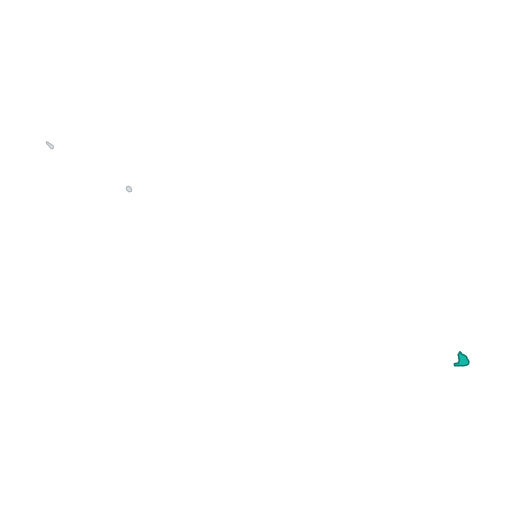 Addoo, Maldives shown in context, rotated 294°
{"feature_id": "70690204B51409682910063", "entity_name": "Addoo", "entity_type": "district", "adm_level": 2, "iso_a3": "MDV", "parent_name": "Maldives", "parent_adm1": "", "projection": "robinson", "projection_center": [73.16, -0.641], "detail": "fine", "context": "in_parent", "style": "filled", "palette": "teal", "viewbox_px": 512, "rotation_deg": 294, "n_neighbors": 0, "source": "geoboundaries", "source_scale": "gbopen_adm2", "svg_char_len": 2369}
<svg xmlns="http://www.w3.org/2000/svg" viewBox="0 0 512 512"><g transform="rotate(294 256 256)"><path d="M274.1,26.0L272.6,26.9L271.2,26.6L270.8,25.4L271.4,23.8L272.6,21.6L273.4,19.3L274.5,18.1L275.4,18.5L275.3,19.8L274.9,21.6L274.6,23.9L274.1,26.0ZM266.0,115.6L264.2,115.8L263.0,114.2L263.3,111.8L264.7,110.1L266.9,110.0L268.2,111.5L267.5,113.8L266.0,115.6Z" fill="#d9dde1" stroke="#a8b0b8" stroke-width="1"/><path d="M244.2,493.9L244.6,493.9L244.9,493.9L245.1,493.8L245.5,493.6L245.8,493.5L246.0,493.4L246.3,493.2L246.5,493.0L246.8,492.6L247.0,492.3L247.2,492.0L247.4,491.8L247.6,491.3L247.8,490.9L248.0,490.6L248.2,490.3L248.5,490.1L248.9,490.0L249.5,489.3L249.6,489.0L249.7,488.7L249.8,488.4L249.9,488.2L249.9,487.9L249.9,487.6L249.9,487.3L250.0,487.0L250.1,486.7L250.1,486.4L250.2,485.9L250.2,485.6L250.1,485.4L250.1,485.1L250.0,484.9L250.0,484.7L250.0,484.4L250.0,484.2L250.2,483.9L250.3,483.6L250.4,483.4L250.5,483.2L250.9,482.8L251.0,482.6L251.1,482.4L251.3,482.1L251.4,481.7L251.4,481.3L251.3,481.2L251.1,481.1L250.8,481.1L250.7,481.1L250.4,481.2L250.2,481.2L249.7,481.1L249.3,481.0L249.1,480.9L248.8,480.9L248.5,480.8L248.2,480.8L247.8,481.0L247.7,481.1L247.4,481.2L247.2,481.4L247.1,481.6L247.0,481.9L246.8,482.1L246.7,482.2L246.4,482.3L246.2,482.4L246.0,482.5L245.8,482.5L245.6,482.7L245.4,482.9L245.2,482.9L244.8,483.0L244.6,483.2L244.4,483.4L244.2,483.6L244.0,483.8L243.8,484.0L243.5,484.1L243.3,484.1L243.0,484.1L242.8,484.2L242.4,484.3L242.0,484.4L241.6,484.3L241.3,484.3L240.9,484.2L240.5,484.2L240.2,484.0L240.0,483.6L239.8,483.3L239.6,483.0L239.4,482.7L239.2,482.3L239.0,482.0L238.8,481.7L238.7,481.5L238.6,481.4L238.4,481.2L238.0,481.1L237.7,481.3L237.3,481.5L237.2,481.6L236.8,482.0L236.7,482.2L236.6,482.3L236.6,482.6L236.9,482.8L237.0,483.0L237.3,483.5L237.4,484.0L237.5,484.2L237.6,484.5L237.8,485.0L237.9,485.3L238.1,485.6L238.2,485.9L238.4,486.3L238.5,486.4L238.7,486.6L238.8,486.7L238.9,486.9L239.0,487.2L239.1,487.5L239.1,487.8L239.2,488.0L239.4,488.4L239.5,488.8L239.6,489.1L239.7,489.3L239.8,489.5L240.0,489.8L240.2,490.0L240.3,490.3L240.5,490.6L240.6,490.8L240.7,491.0L240.8,491.2L241.0,491.5L241.3,491.9L241.4,492.0L241.5,492.2L241.6,492.3L241.8,492.5L242.0,492.7L242.2,492.9L242.4,493.1L242.6,493.3L242.8,493.4L243.0,493.6L243.4,493.8L243.7,493.8L243.9,493.9L244.2,493.9Z" fill="#14b8a6" stroke="#0f766e" stroke-width="1.5"/></g></svg>